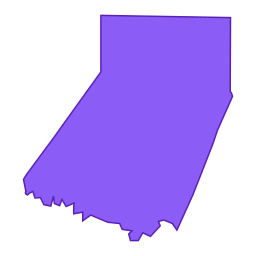 Indiana, Pennsylvania, United States of America (Mercator projection)
{"feature_id": "52423323B69347257455112", "entity_name": "Indiana", "entity_type": "district", "adm_level": 2, "iso_a3": "USA", "parent_name": "United States of America", "parent_adm1": "Pennsylvania", "projection": "mercator", "projection_center": [-79.208, 40.641], "detail": "fine", "context": "isolated", "style": "filled", "palette": "violet", "viewbox_px": 256, "rotation_deg": 0, "n_neighbors": 0, "source": "geoboundaries", "source_scale": "gbopen_adm2", "svg_char_len": 711}
<svg xmlns="http://www.w3.org/2000/svg" viewBox="0 0 256 256"><path d="M176.9,230.1L192.9,194.8L213.1,143.3L217.4,130.4L232.5,96.4L231.6,93.4L230.2,91.2L230.5,17.6L100.9,15.4L100.9,71.9L62.2,125.8L55.6,135.1L26.6,174.4L23.5,179.4L25.9,191.5L25.4,192.9L25.5,193.4L26.1,194.2L27.4,194.9L27.7,194.8L29.5,193.2L32.8,191.4L35.0,198.0L40.4,197.6L43.9,204.7L50.8,206.1L53.5,196.1L54.4,203.5L59.6,205.7L61.9,199.4L66.1,206.5L74.0,203.1L73.7,206.9L73.7,213.8L82.7,212.2L82.7,220.8L90.7,215.1L108.0,222.3L119.7,223.5L122.2,229.4L131.9,230.8L128.7,233.9L130.5,240.6L138.3,240.6L142.7,232.8L150.4,236.4L160.2,225.9L158.5,221.5L163.7,220.0L172.4,223.5L176.9,230.1Z" fill="#8b5cf6" stroke="#5b21b6" stroke-width="1.5"/></svg>